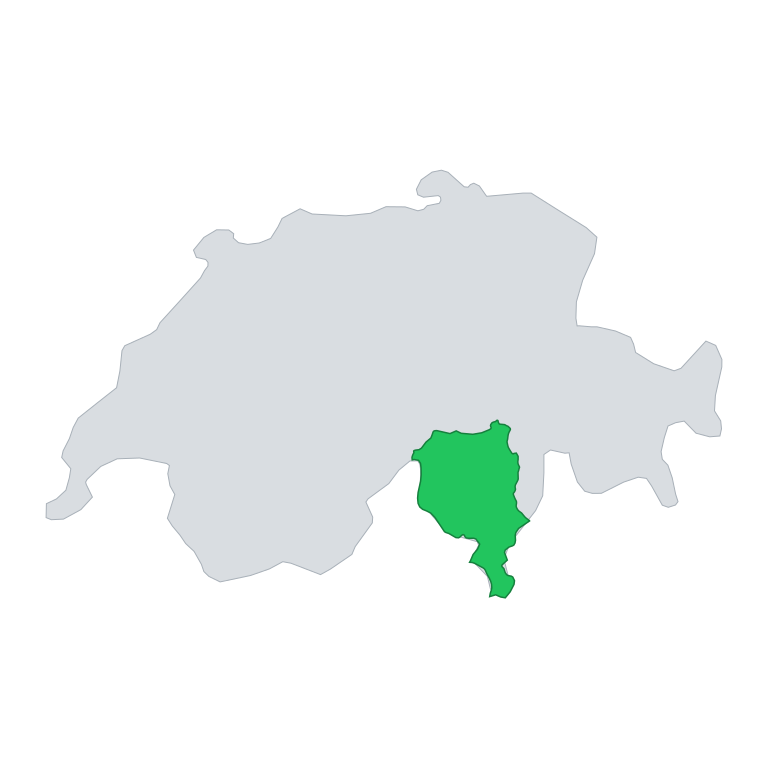 location of Ticino within Switzerland
{"feature_id": "CHE-168", "entity_name": "Ticino", "entity_type": "Canton", "adm_level": 1, "iso_a3": "CHE", "parent_name": "Switzerland", "parent_adm1": "", "projection": "orthographic", "projection_center": [8.86, 46.227], "detail": "fine", "context": "in_parent", "style": "filled", "palette": "green", "viewbox_px": 768, "rotation_deg": 0, "n_neighbors": 0, "source": "natural_earth", "source_scale": "10m", "svg_char_len": 4627}
<svg xmlns="http://www.w3.org/2000/svg" viewBox="0 0 768 768"><path d="M581.7,224.8L586.2,227.6L596.9,237.2L594.5,253.7L582.7,280.2L576.4,301.8L575.9,318.2L577.1,325.9L579.3,325.8L591.0,326.8L596.9,326.8L615.5,331.0L630.6,337.4L633.6,344.2L635.6,352.5L653.6,363.7L674.1,370.8L681.0,368.3L705.9,341.1L715.7,345.4L721.9,359.5L721.8,367.0L715.4,395.6L714.5,410.9L720.7,420.9L721.5,428.8L719.9,436.0L709.7,436.8L696.0,433.2L684.2,421.1L675.6,422.7L668.0,426.0L664.3,437.7L661.1,451.6L662.3,459.3L667.9,465.2L672.2,477.8L675.6,494.1L678.0,501.6L675.5,505.0L668.3,507.3L662.3,505.2L651.5,485.8L646.5,478.4L638.2,477.2L623.7,482.1L601.4,493.3L592.4,493.4L584.7,491.2L577.4,482.0L571.2,464.1L569.1,452.8L564.9,453.2L550.5,450.0L543.9,454.5L543.9,472.9L542.7,495.8L535.6,510.6L515.6,536.2L508.3,547.3L505.3,555.3L504.7,562.3L507.8,574.3L512.0,585.8L508.6,592.4L497.9,595.8L490.4,588.8L487.4,576.4L471.2,559.5L478.6,545.3L477.3,541.7L450.5,534.3L439.0,523.6L422.9,504.7L419.9,496.6L420.7,470.4L419.8,464.0L417.7,460.9L409.9,461.0L398.9,470.1L388.8,483.6L368.1,498.8L365.9,502.0L372.7,517.1L372.3,522.9L355.2,546.6L351.9,554.4L330.4,569.1L320.5,574.6L290.9,563.2L282.8,561.7L269.4,568.9L250.5,575.5L220.1,581.9L209.0,576.5L203.9,571.6L201.4,564.3L194.1,551.4L185.7,543.6L180.0,535.2L172.3,526.0L167.4,518.3L174.8,494.5L170.0,485.8L167.8,473.7L169.4,465.5L166.7,463.5L139.7,458.0L117.2,458.8L100.8,466.4L87.2,479.3L85.6,482.1L86.3,484.6L92.4,497.1L80.9,509.6L63.5,519.1L51.3,519.7L46.1,517.6L46.4,503.7L56.5,498.9L65.9,490.2L69.4,477.6L70.8,468.7L61.7,457.5L63.1,450.9L69.4,438.6L73.2,427.5L78.2,418.1L97.3,402.9L116.6,387.7L119.9,371.0L122.0,350.6L124.8,345.7L150.3,334.2L156.7,329.6L160.0,322.7L180.4,300.3L200.5,278.0L204.6,270.5L207.9,266.1L208.0,262.4L205.7,259.5L196.4,257.4L193.5,250.1L203.9,237.4L216.6,229.8L228.8,230.0L233.7,233.7L233.3,238.0L238.5,242.7L247.7,244.4L259.2,243.0L270.7,238.4L277.9,227.0L282.1,218.4L300.1,208.8L312.1,214.0L345.9,215.8L370.5,213.3L386.0,206.7L405.1,206.9L417.9,210.8L420.2,210.2L423.7,209.3L427.2,205.7L439.3,203.3L440.9,200.3L440.5,197.2L438.3,195.6L423.5,197.2L417.8,194.8L416.4,189.3L421.2,179.8L432.1,172.1L441.4,170.2L448.0,172.3L464.2,186.8L468.1,187.2L470.4,184.6L473.8,183.2L479.4,186.0L485.7,195.0L486.7,196.3L523.0,193.1L531.2,193.1L555.9,208.7L581.7,224.8Z" fill="#d9dde1" stroke="#a8b0b8" stroke-width="1"/><path d="M463.7,534.9L463.0,534.6L462.0,535.1L459.7,537.2L458.6,537.8L455.9,537.6L448.9,533.5L445.9,532.5L444.5,531.7L435.0,517.5L430.7,513.0L426.5,510.9L422.6,509.3L419.8,507.0L418.1,503.4L417.6,498.1L418.1,492.5L420.6,481.2L421.2,474.9L421.1,468.3L420.5,463.3L418.5,460.3L414.2,459.5L412.2,459.9L412.1,459.0L412.0,457.3L412.4,455.9L413.0,454.4L413.8,452.9L413.9,452.4L413.8,452.0L413.7,451.6L413.7,451.0L414.2,450.5L415.6,450.1L419.0,449.7L421.5,448.1L426.0,442.1L430.9,438.0L431.3,436.9L431.9,435.5L433.1,432.0L433.4,431.5L434.0,431.0L435.1,430.7L436.8,430.6L450.0,433.6L456.2,430.9L461.2,433.3L472.8,434.3L481.7,432.8L489.3,429.7L490.8,428.7L491.1,427.9L491.0,427.2L490.7,426.5L490.5,425.6L490.8,424.5L491.9,422.9L492.9,422.3L494.1,421.9L495.5,421.6L496.7,420.4L497.6,420.3L498.0,420.7L498.2,421.8L498.6,422.9L499.4,424.1L504.5,424.6L505.2,424.9L506.3,425.6L508.0,426.3L510.0,428.2L510.3,428.7L510.4,429.4L510.1,430.2L509.0,432.3L508.5,433.6L508.1,435.2L507.9,436.6L507.6,439.2L507.3,440.4L507.1,441.2L507.0,441.9L507.9,446.1L508.3,447.3L508.8,448.3L510.4,451.0L512.0,453.4L513.1,453.9L513.4,453.7L514.1,453.4L516.3,453.1L518.1,456.3L518.1,457.6L518.1,459.4L517.8,461.8L518.0,463.6L518.6,465.2L519.4,466.7L519.5,467.5L519.1,468.5L518.6,470.6L518.0,472.4L518.2,479.0L517.7,480.5L515.4,484.9L515.1,486.4L515.2,487.8L515.5,489.2L515.2,490.3L514.6,491.7L513.4,493.2L513.3,494.1L513.6,495.2L514.8,498.2L516.4,501.4L516.5,502.2L516.5,503.3L516.1,506.1L516.4,507.2L516.9,508.4L518.1,510.3L519.1,511.2L521.6,513.0L524.7,516.8L526.1,518.1L529.5,520.7L529.6,520.9L518.6,528.4L515.8,532.6L515.2,535.4L515.5,540.3L515.0,543.0L513.8,545.1L512.4,545.9L509.1,547.0L505.2,550.0L504.5,552.5L507.3,560.1L502.3,564.7L501.9,565.3L501.8,565.9L501.9,566.4L502.3,567.0L503.9,568.6L505.2,572.6L506.6,574.6L508.0,575.5L511.4,576.2L512.8,577.1L514.5,580.7L514.0,584.4L510.2,591.8L505.3,597.8L500.7,597.0L495.7,594.8L491.1,596.2L489.7,596.6L490.3,593.2L491.2,590.6L491.8,587.9L491.5,584.1L490.7,581.3L489.4,578.4L486.8,573.7L485.3,570.2L484.3,568.8L483.3,568.0L474.6,563.3L472.2,562.5L469.6,562.3L469.9,561.7L470.5,560.7L473.1,554.5L477.5,549.2L479.7,544.1L475.9,539.0L473.6,538.2L468.9,538.3L466.5,538.0L465.3,537.2L464.2,535.1L463.7,534.9Z" fill="#22c55e" stroke="#15803d" stroke-width="1.5"/></svg>